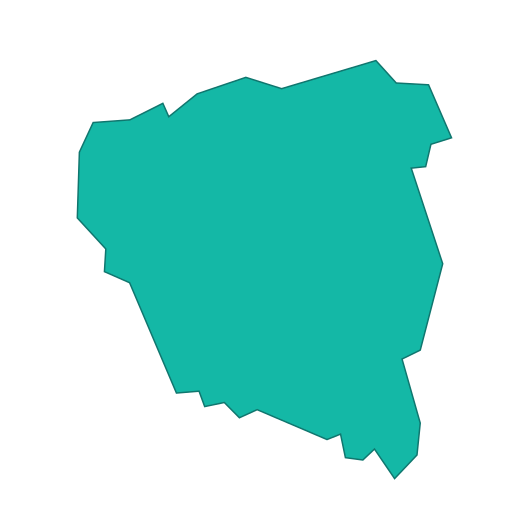 Zrnovtsi, Zrnovci, North Macedonia (Equal Earth projection), rotated 6°
{"feature_id": "65306769B51513115302581", "entity_name": "Zrnovtsi", "entity_type": "district", "adm_level": 2, "iso_a3": "MKD", "parent_name": "North Macedonia", "parent_adm1": "Zrnovci", "projection": "equal_earth", "projection_center": [22.434, 41.837], "detail": "fine", "context": "isolated", "style": "filled", "palette": "teal", "viewbox_px": 512, "rotation_deg": 6, "n_neighbors": 0, "source": "geoboundaries", "source_scale": "gbopen_adm2", "svg_char_len": 604}
<svg xmlns="http://www.w3.org/2000/svg" viewBox="0 0 512 512"><g transform="rotate(6 256 256)"><path d="M354.8,49.1L264.0,86.9L227.2,79.4L180.5,100.9L154.7,126.6L147.4,113.9L116.3,133.8L80.1,140.3L69.5,171.2L74.3,236.8L105.9,264.7L106.9,287.4L133.1,295.8L191.2,400.6L213.5,396.4L220.7,411.1L239.8,405.0L256.4,418.6L273.2,408.7L345.8,431.1L358.7,424.3L366.0,447.2L383.6,447.7L394.0,435.6L417.1,462.9L436.9,437.1L436.8,405.0L412.0,343.2L429.2,332.4L442.5,244.2L401.2,152.4L415.4,149.4L418.3,126.6L438.1,118.0L409.7,67.7L377.4,69.3L354.8,49.1Z" fill="#14b8a6" stroke="#0f766e" stroke-width="1.5"/></g></svg>